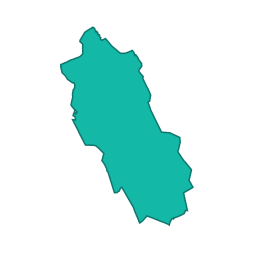 the district of Sutru pag., Livanu, Latvia, rotated 238°
{"feature_id": "27541924B27352214783038", "entity_name": "Sutru pag.", "entity_type": "district", "adm_level": 2, "iso_a3": "LVA", "parent_name": "Latvia", "parent_adm1": "Livanu", "projection": "equal_earth", "projection_center": [26.515, 56.305], "detail": "fine", "context": "isolated", "style": "filled", "palette": "teal", "viewbox_px": 256, "rotation_deg": 238, "n_neighbors": 0, "source": "geoboundaries", "source_scale": "gbopen_adm2", "svg_char_len": 5070}
<svg xmlns="http://www.w3.org/2000/svg" viewBox="0 0 256 256"><g transform="rotate(238 128 128)"><path d="M23.8,111.6L24.0,111.8L24.3,112.0L24.7,112.4L25.1,112.9L25.4,113.2L25.8,113.5L25.9,113.8L26.0,114.0L26.3,114.6L26.7,115.2L26.9,115.6L27.2,116.1L27.4,116.4L27.6,116.6L27.7,116.8L27.7,117.1L27.7,117.6L27.6,117.9L27.6,118.1L26.8,118.4L26.7,118.4L26.7,118.5L26.8,118.6L26.9,118.8L27.1,119.1L27.3,119.3L27.5,119.4L27.4,119.5L27.0,120.6L27.0,120.8L26.3,124.3L26.1,125.9L25.9,127.1L25.8,128.9L25.8,129.6L25.8,130.4L25.8,130.5L26.0,130.7L26.4,131.4L26.9,132.1L27.3,132.6L27.5,132.9L27.6,133.0L27.3,133.5L26.8,134.2L26.5,134.6L31.7,136.5L37.2,138.4L39.3,139.2L40.8,139.7L43.6,140.8L43.6,141.3L43.6,142.2L43.5,143.4L43.5,144.4L43.4,145.1L43.3,147.3L43.4,147.5L43.3,148.7L43.2,149.4L43.3,149.5L43.3,150.1L43.2,151.6L43.4,151.7L44.7,151.7L47.7,151.9L49.6,152.0L51.2,152.0L51.3,152.0L51.8,152.6L53.3,154.0L54.2,155.0L56.8,157.6L59.0,159.7L62.3,159.3L67.5,158.6L69.9,158.2L70.0,158.1L71.1,158.0L72.1,157.9L73.1,157.9L74.1,157.8L76.1,157.8L76.5,157.8L78.1,157.8L79.5,157.7L81.5,157.6L83.5,159.9L84.7,161.1L85.8,162.2L86.0,162.4L87.9,164.3L88.3,164.7L92.5,166.9L96.4,164.4L97.0,164.0L101.9,160.8L101.9,160.7L104.3,157.5L106.7,154.2L119.5,155.5L129.7,156.6L130.9,156.7L133.8,157.4L139.3,158.7L139.4,160.6L143.8,164.6L150.3,165.7L152.0,165.7L153.6,165.8L155.3,166.0L162.8,166.9L163.4,168.1L167.9,167.5L170.2,167.2L170.9,167.8L171.4,168.1L171.5,168.3L172.9,172.0L173.3,172.5L175.7,173.8L176.0,173.6L180.4,173.3L181.5,173.5L182.9,173.6L186.0,173.4L185.7,172.3L185.9,172.3L187.1,172.5L188.2,172.9L188.5,173.0L191.5,172.8L191.7,172.0L191.7,170.9L191.7,170.5L191.8,170.2L192.4,167.3L192.8,165.5L194.0,163.3L195.4,161.2L197.8,160.3L199.8,159.7L200.5,159.5L206.3,157.6L206.5,157.6L207.0,157.5L207.7,157.4L208.8,157.3L211.7,156.9L215.8,156.3L216.1,153.3L216.2,153.1L216.4,152.2L216.5,152.0L216.8,152.1L217.1,152.0L217.2,151.9L217.4,151.8L217.6,151.7L217.8,151.7L218.0,151.7L218.3,151.9L218.4,152.0L218.6,152.2L218.7,152.4L218.7,152.5L218.8,152.7L218.9,152.8L219.0,152.8L219.2,152.7L219.3,152.6L219.5,152.4L219.8,152.3L220.0,152.3L220.3,152.4L220.8,152.6L221.6,153.0L221.9,153.1L222.1,153.1L222.3,153.0L222.4,152.9L222.5,152.3L222.6,152.1L222.8,151.9L223.0,151.9L223.4,151.8L223.5,151.8L223.7,152.0L223.8,152.2L224.2,152.6L224.3,152.8L224.6,152.8L224.8,152.7L225.0,152.5L225.3,152.7L225.6,152.7L226.0,152.8L226.4,152.7L226.6,152.7L226.7,152.4L226.5,152.2L226.2,151.9L226.4,151.7L226.7,151.7L226.9,151.7L227.5,151.8L227.8,151.8L228.2,151.9L228.5,152.0L229.1,152.2L229.4,152.2L229.6,152.3L230.1,152.3L230.5,152.3L230.6,152.2L230.9,152.1L231.3,152.0L231.5,151.9L231.6,151.6L231.6,151.4L231.8,151.3L231.8,151.2L232.1,151.3L232.1,150.0L232.2,145.8L232.1,143.3L232.1,142.2L231.5,141.0L229.5,137.2L228.7,135.6L228.5,135.1L228.2,134.6L228.0,134.1L227.8,133.9L227.7,133.8L226.8,133.0L222.9,134.1L221.8,133.2L221.3,132.9L220.5,132.3L219.0,131.4L218.1,130.9L216.4,129.8L214.9,129.0L214.6,127.9L214.3,126.8L214.0,125.0L214.0,124.7L214.5,122.3L215.1,119.4L215.0,119.2L215.2,118.5L215.7,116.7L216.0,115.1L216.1,114.7L216.2,113.9L216.3,112.7L216.2,112.7L216.5,109.8L216.6,109.7L217.4,104.6L215.9,104.2L216.0,104.0L216.0,103.6L215.4,103.4L214.6,103.1L210.1,101.5L209.7,101.5L209.4,101.5L205.9,102.4L205.3,102.6L205.2,102.6L204.2,102.5L201.9,102.5L201.6,102.5L201.4,102.5L196.1,104.7L195.8,104.8L195.4,105.3L195.2,105.6L195.1,105.8L195.1,106.1L194.8,106.1L192.6,105.7L192.0,105.2L190.0,103.6L189.9,103.5L189.7,103.4L189.6,102.0L188.8,101.3L187.7,100.3L186.4,99.1L186.2,98.9L183.5,97.5L182.5,96.5L180.1,94.1L178.3,92.4L177.8,91.9L177.7,91.9L176.7,91.9L176.0,91.9L175.7,91.9L174.9,92.1L173.9,92.2L173.5,92.3L173.4,92.3L173.3,92.2L173.2,92.2L171.6,92.6L170.3,92.9L168.4,93.2L167.6,91.2L170.1,91.2L169.5,90.7L169.4,90.6L169.3,90.1L169.3,89.9L169.1,89.6L168.8,89.3L168.4,88.9L168.0,88.5L167.6,88.0L166.5,88.5L166.1,88.8L165.6,89.1L164.6,88.6L163.7,88.2L162.8,87.9L162.6,87.7L164.0,85.9L164.4,85.4L160.3,85.0L159.4,84.9L158.9,84.9L152.6,84.4L152.2,84.4L149.9,84.1L149.4,84.0L147.4,83.8L145.7,83.7L141.0,83.3L138.9,83.1L137.5,83.0L136.8,83.0L136.1,82.9L135.9,83.2L134.3,85.6L131.2,90.2L130.0,91.2L129.8,91.4L125.7,92.6L121.8,93.4L119.3,94.1L118.3,93.0L116.7,91.3L116.5,91.2L114.9,89.4L114.1,88.5L112.8,88.8L110.8,88.8L109.0,88.8L106.3,88.5L105.1,88.4L102.4,87.4L101.2,87.7L80.3,82.2L79.8,83.1L79.0,84.6L79.0,84.8L79.4,85.9L79.3,86.0L79.2,87.1L79.4,87.6L79.5,87.8L79.9,88.1L80.3,88.6L80.6,89.3L81.0,90.5L81.2,91.2L81.1,91.3L76.3,91.2L73.2,91.1L71.4,91.0L65.2,90.8L61.9,90.7L60.3,90.6L58.5,90.6L57.5,90.4L55.1,89.9L53.1,89.5L52.3,89.4L51.8,89.3L51.6,89.3L48.8,88.8L45.9,88.4L45.3,88.3L44.4,88.1L42.3,87.8L42.3,87.7L42.1,87.7L41.4,87.6L41.2,87.6L41.4,89.7L41.4,90.1L41.5,91.0L41.6,91.5L42.1,93.1L42.8,95.5L42.9,95.8L43.0,96.5L43.2,97.0L43.5,97.3L41.4,99.0L38.7,101.1L37.6,101.9L35.3,103.6L34.5,104.2L34.6,104.4L33.6,104.8L32.2,105.8L32.0,106.0L30.0,107.5L29.2,108.2L29.1,108.3L28.8,108.5L28.3,108.8L27.7,109.3L27.2,109.6L25.9,110.5L25.7,110.7L23.8,111.6Z" fill="#14b8a6" stroke="#0f766e" stroke-width="1.5"/></g></svg>